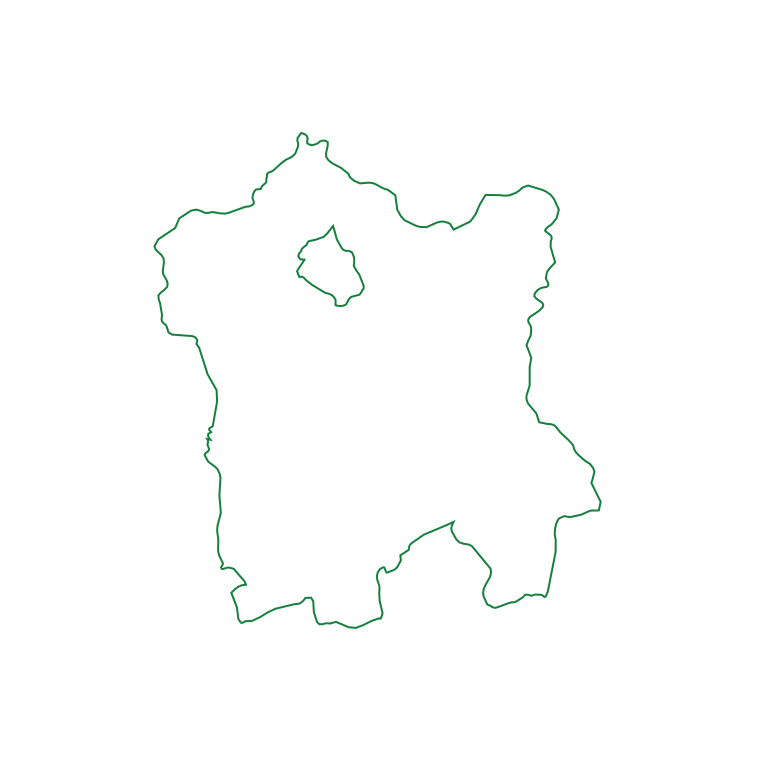 Niederösterreich, Mercator projection, rotated 244°
{"feature_id": "AUT-2330", "entity_name": "Niederösterreich", "entity_type": "State", "adm_level": 1, "iso_a3": "AUT", "parent_name": "Austria", "parent_adm1": "", "projection": "mercator", "projection_center": [15.834, 48.226], "detail": "fine", "context": "isolated", "style": "outline", "palette": "green", "viewbox_px": 768, "rotation_deg": 244, "n_neighbors": 0, "source": "natural_earth", "source_scale": "10m", "svg_char_len": 5591}
<svg xmlns="http://www.w3.org/2000/svg" viewBox="0 0 768 768"><g transform="rotate(244 384 384)"><path d="M236.7,150.1L247.8,153.9L263.3,155.2L264.7,159.5L265.6,163.6L265.5,167.7L264.2,172.0L268.1,172.1L283.3,168.0L284.3,167.4L287.1,164.0L287.7,162.4L288.2,158.4L289.0,157.1L290.5,157.1L291.5,158.4L292.4,159.9L293.3,160.6L302.6,160.7L307.1,161.9L316.6,166.8L325.5,169.8L329.7,172.3L339.6,180.8L344.1,182.6L356.0,187.2L371.4,195.9L375.8,197.0L380.4,197.0L383.8,195.9L390.8,192.2L392.6,191.8L398.6,191.7L399.8,192.6L400.6,196.3L401.6,197.9L402.9,198.4L406.7,198.7L408.9,200.3L410.4,201.0L412.1,200.9L410.0,203.6L412.5,203.0L414.8,203.1L416.3,204.4L416.5,207.6L419.8,206.8L420.9,208.0L420.9,210.1L421.2,211.6L441.2,226.2L451.7,230.8L470.1,229.7L497.9,233.8L498.1,233.6L502.2,233.0L504.8,235.1L505.9,235.5L509.1,234.6L511.2,232.5L521.3,215.2L524.8,212.9L530.5,213.8L532.6,213.7L536.2,212.1L538.0,211.9L539.8,212.5L543.2,214.7L555.1,218.2L558.8,218.6L562.6,220.1L564.1,223.8L564.9,228.1L566.3,231.7L568.9,233.5L572.1,234.1L579.6,233.7L582.7,234.8L589.9,239.6L593.5,240.9L597.3,240.5L605.0,237.7L608.3,238.0L613.0,244.6L615.7,264.6L622.6,272.6L624.4,286.6L623.4,290.4L622.9,291.9L619.7,295.4L616.4,298.0L614.9,300.9L613.9,304.9L608.7,312.4L606.6,316.4L605.8,320.7L604.1,336.7L603.5,338.6L603.1,339.4L602.7,340.8L602.6,344.1L603.2,345.9L604.7,346.8L608.7,347.3L609.9,347.9L612.0,349.7L614.0,351.9L614.9,354.3L614.5,355.6L613.7,357.4L613.3,358.9L614.2,359.5L614.7,360.1L615.4,361.6L616.0,363.3L616.3,364.7L616.9,366.5L618.4,367.4L620.2,368.3L622.4,370.3L623.7,370.7L624.4,371.7L624.6,373.0L624.3,376.5L624.4,377.9L627.5,388.6L628.5,394.0L628.5,400.5L629.9,405.1L634.9,410.6L637.6,412.3L640.8,412.8L642.9,414.1L645.9,419.6L643.4,422.2L642.1,422.9L640.3,423.4L638.0,422.9L636.3,421.7L634.2,420.6L632.7,421.2L630.1,424.0L629.4,428.4L629.5,430.5L630.1,432.8L629.8,435.2L628.4,438.0L626.0,439.5L622.8,437.8L616.8,433.1L613.7,431.7L609.6,432.1L605.0,434.3L596.9,440.2L588.5,444.2L586.2,443.9L583.9,444.3L579.7,446.3L574.8,450.4L572.0,457.8L569.9,461.5L567.2,464.1L560.3,469.0L556.4,472.9L548.7,476.9L534.7,472.3L527.8,472.7L522.0,474.4L512.4,481.9L509.3,485.3L506.3,491.1L505.9,502.6L505.1,506.1L503.9,508.7L501.5,511.5L499.2,513.5L492.3,514.3L492.2,532.3L493.8,536.0L496.8,541.2L503.6,549.1L509.4,558.2L502.9,571.0L501.6,572.9L499.7,576.4L498.6,579.8L498.0,586.3L498.6,590.5L499.7,594.0L499.6,597.6L499.2,600.5L488.8,611.7L485.6,614.2L480.6,616.9L475.6,617.9L464.1,617.6L457.3,611.7L455.2,607.4L453.9,604.2L453.7,602.9L453.5,600.8L452.9,598.7L452.3,597.3L451.7,596.4L450.7,596.0L446.0,598.4L444.1,599.1L442.7,599.0L441.1,598.4L439.3,596.6L434.4,593.9L418.2,591.1L415.7,584.4L413.3,579.7L408.1,575.8L403.3,575.8L401.8,575.4L400.5,574.7L400.0,572.8L400.3,571.5L401.2,568.7L401.4,566.6L401.3,564.6L401.0,563.0L400.7,562.0L399.5,559.7L398.5,558.5L396.9,557.6L394.4,558.1L387.7,561.8L385.6,561.9L383.7,560.6L382.2,556.7L381.5,553.4L380.3,544.8L379.3,542.7L377.9,541.4L375.4,540.9L373.7,541.2L371.8,541.2L369.5,540.7L365.7,538.7L362.9,536.8L360.5,533.5L356.4,529.1L343.0,527.9L335.4,522.4L318.9,514.3L310.6,506.6L307.4,505.3L303.4,504.9L291.2,507.9L289.8,507.9L281.6,506.7L276.2,513.7L275.1,515.9L273.1,518.2L271.0,519.5L263.4,521.2L253.2,525.1L247.1,526.9L245.2,527.0L241.9,526.3L238.9,526.5L234.9,527.6L226.9,531.0L222.0,534.0L216.9,535.2L212.8,534.6L206.8,529.6L204.9,527.6L203.8,527.0L183.1,527.1L176.2,521.6L179.6,514.3L179.9,510.7L180.1,503.8L182.8,492.9L186.3,487.8L186.4,482.2L185.0,479.9L182.9,477.4L178.7,474.2L174.4,471.7L168.2,469.8L157.8,464.6L125.7,440.3L122.1,436.0L122.3,434.7L123.9,434.2L124.8,433.6L125.7,432.7L128.5,427.5L128.8,426.5L128.7,425.0L128.9,424.2L129.2,423.6L131.5,421.0L132.5,419.1L132.6,418.0L132.2,417.2L131.7,416.3L131.4,415.2L130.5,406.7L130.9,405.0L131.9,402.6L132.4,400.0L133.6,388.1L133.9,386.2L134.3,385.6L134.6,385.0L135.2,384.3L136.6,383.2L137.9,382.5L140.5,380.2L149.5,380.4L152.9,381.6L155.9,383.6L158.5,386.6L163.9,394.4L167.3,397.5L171.4,398.8L199.9,391.9L202.7,389.6L205.6,385.4L208.5,382.5L212.1,380.9L222.0,380.4L224.2,381.0L226.6,382.5L229.6,386.1L229.7,379.4L231.1,353.7L228.8,338.8L227.7,336.2L224.0,333.3L222.9,323.6L218.0,321.8L213.5,315.5L212.6,312.5L212.6,309.8L212.9,308.0L213.0,305.3L213.1,304.3L213.5,303.7L214.3,303.5L218.8,303.9L219.4,303.4L219.6,302.1L219.3,299.0L217.3,295.7L214.5,293.4L211.2,292.2L204.0,291.2L197.6,287.8L191.1,285.1L178.6,282.2L175.0,278.8L174.6,277.9L175.5,276.9L176.5,269.1L176.4,259.9L177.1,251.8L180.8,245.7L191.3,236.5L192.3,230.7L194.3,227.2L195.1,223.5L196.3,220.7L199.3,219.5L209.6,220.9L219.9,225.2L223.9,224.8L226.2,219.5L225.8,219.0L224.9,217.0L224.0,214.6L223.7,212.7L224.0,210.6L225.4,206.8L229.6,187.9L229.7,179.5L228.8,170.3L228.9,161.7L231.6,155.3L231.4,153.6L231.4,152.2L231.8,151.2L232.4,150.7L236.7,150.1ZM530.6,367.1L530.1,366.3L524.6,356.8L523.5,355.3L517.3,354.7L516.6,357.1L515.0,358.4L511.6,359.4L504.6,362.8L491.2,371.5L490.1,373.2L487.8,375.3L486.2,376.4L483.6,377.1L481.0,377.4L476.1,375.0L474.7,376.6L473.4,378.6L472.9,379.7L472.2,381.9L472.1,384.6L473.8,387.3L475.3,389.0L476.1,390.9L476.7,392.7L475.0,401.2L476.6,404.2L477.8,405.5L478.6,407.4L481.0,408.7L493.1,409.8L498.4,408.8L503.7,408.7L506.4,410.6L510.0,412.3L511.9,412.7L516.3,412.9L518.4,411.4L519.4,410.3L520.0,408.7L520.7,407.7L522.3,406.3L525.2,405.5L534.5,405.0L548.3,407.5L544.0,398.5L542.7,394.3L543.6,386.1L545.1,379.9L545.3,378.9L545.0,378.2L544.5,377.1L543.0,375.6L542.2,371.8L541.6,369.6L539.5,367.3L538.5,364.8L536.4,362.9L532.7,363.5L531.4,365.7L530.8,367.0L530.6,367.1Z" fill="none" stroke="#15803d" stroke-width="2"/></g></svg>